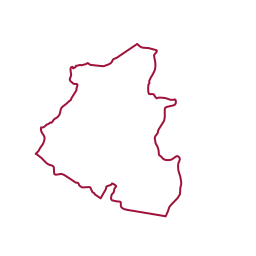 the border of Nana-Mambéré, rotated 35°
{"feature_id": "CAF-804", "entity_name": "Nana-Mambéré", "entity_type": "Prefecture", "adm_level": 1, "iso_a3": "CAF", "parent_name": "Central African Republic", "parent_adm1": "", "projection": "natural_earth1", "projection_center": [15.312, 5.849], "detail": "fine", "context": "isolated", "style": "outline", "palette": "rose", "viewbox_px": 256, "rotation_deg": 35, "n_neighbors": 0, "source": "natural_earth", "source_scale": "10m", "svg_char_len": 3408}
<svg xmlns="http://www.w3.org/2000/svg" viewBox="0 0 256 256"><g transform="rotate(35 128 128)"><path d="M60.9,97.9L71.8,91.9L73.0,90.8L75.9,86.6L76.6,84.9L76.8,84.0L76.8,83.0L76.5,80.9L76.6,79.9L78.5,76.9L87.3,54.0L88.5,54.0L90.2,54.3L92.4,54.2L93.2,54.0L93.9,53.8L99.3,50.6L106.6,48.0L107.1,48.0L107.5,48.5L107.7,49.5L107.7,50.5L107.5,52.7L107.6,53.3L108.3,54.3L112.7,58.6L114.8,61.3L116.1,63.6L116.7,65.2L117.0,66.5L117.6,70.7L117.7,72.9L117.8,73.9L117.9,74.6L118.2,75.9L118.3,76.9L118.5,77.4L118.8,77.9L119.6,78.7L119.9,79.2L119.8,79.8L119.8,80.3L119.9,80.9L121.9,84.2L123.8,86.6L125.5,88.0L126.8,87.6L128.1,86.4L129.8,85.7L132.1,86.7L132.9,87.0L134.4,87.2L135.3,86.0L136.5,84.9L141.2,82.1L146.7,80.5L147.6,79.9L149.0,78.8L149.5,78.5L149.8,78.2L150.0,77.8L150.4,77.6L151.0,77.9L152.2,79.0L153.0,80.7L152.9,82.2L152.0,83.7L147.9,88.2L147.3,89.2L146.9,90.1L147.3,91.3L148.3,93.0L150.8,96.4L152.3,98.8L153.3,101.1L153.5,103.1L153.9,111.0L154.1,112.6L155.1,114.7L155.2,115.4L155.1,119.0L155.4,120.3L156.0,121.3L159.2,124.5L160.1,125.1L161.8,125.8L163.6,126.9L165.7,128.6L168.1,131.5L168.9,132.2L169.5,132.4L171.3,132.4L172.5,132.6L174.2,133.1L175.8,133.0L177.4,132.5L178.8,131.6L180.2,130.6L181.3,129.5L182.1,128.2L183.7,123.8L184.3,122.9L185.1,122.6L186.2,122.5L187.4,123.0L188.4,123.9L189.0,125.6L189.2,127.1L189.8,128.7L191.0,130.7L193.4,133.7L199.0,138.1L202.7,141.9L203.8,143.5L205.5,147.6L207.1,150.0L208.6,152.8L208.8,157.1L207.3,166.6L207.2,168.7L207.5,170.3L208.4,173.0L209.5,178.7L173.9,195.7L171.4,196.6L169.5,196.9L168.0,196.7L166.9,195.9L166.2,195.1L165.2,193.6L164.7,193.1L164.0,192.9L163.2,193.2L161.0,194.5L156.7,196.3L155.5,196.2L154.6,195.7L153.2,192.9L153.0,192.3L152.9,191.5L152.9,191.0L153.0,190.4L153.1,189.9L153.2,189.3L153.1,188.7L152.8,187.9L151.9,185.9L151.7,185.1L151.7,184.4L151.8,182.7L151.4,182.3L150.5,182.2L148.1,182.2L147.3,182.4L146.8,182.6L146.9,183.1L146.8,183.7L146.6,184.4L144.4,187.5L144.1,188.1L144.0,188.7L144.2,189.3L144.4,189.7L144.8,190.4L145.0,191.4L145.9,201.2L145.4,201.3L139.6,201.4L139.0,201.3L138.3,201.0L137.8,200.9L137.3,200.8L135.7,200.9L132.6,199.2L131.6,198.5L131.2,198.3L130.7,198.4L129.9,198.8L125.2,202.5L124.6,202.8L124.1,203.0L121.9,203.1L121.3,203.0L121.0,202.9L119.2,201.8L118.4,201.7L117.8,201.9L117.4,202.3L116.2,202.7L103.8,203.0L101.9,203.2L99.8,203.8L96.5,206.9L95.3,207.8L94.6,208.0L94.1,207.9L93.7,207.6L92.8,206.6L90.0,203.0L89.9,202.9L89.0,202.4L88.0,202.2L87.2,202.4L84.5,203.3L83.0,203.5L81.3,203.5L74.5,202.2L68.4,201.9L67.3,202.0L67.3,201.6L67.9,198.3L67.5,194.9L67.5,190.4L67.2,188.4L66.6,186.4L65.8,184.6L64.6,183.2L63.0,182.3L59.7,181.0L58.1,179.8L56.9,178.3L56.6,177.3L57.2,177.1L58.1,176.2L58.8,174.7L59.2,173.1L59.4,171.9L59.7,171.6L60.5,170.2L61.1,168.7L61.2,168.1L62.2,167.6L62.5,166.6L62.4,164.1L62.7,162.6L63.8,160.2L64.1,159.2L64.2,156.6L64.0,155.5L63.5,154.1L62.5,152.0L62.1,150.8L62.0,149.3L62.2,147.9L63.5,143.9L64.6,139.1L65.1,137.8L64.6,136.0L64.1,126.6L63.0,125.0L62.6,123.2L61.6,121.4L60.6,121.4L58.6,122.8L57.5,123.0L55.1,122.7L53.8,122.6L52.5,121.7L51.9,120.3L51.6,118.7L51.1,117.3L50.0,115.9L48.8,114.9L48.0,113.7L47.3,113.0L46.7,111.9L46.5,111.2L46.8,110.6L47.3,109.9L47.7,109.8L48.5,110.5L48.9,110.5L49.2,110.1L49.5,109.4L49.7,109.0L50.1,108.1L50.0,107.7L49.9,107.2L49.8,106.9L50.9,105.8L52.6,103.8L53.8,103.4L56.0,100.9L57.1,99.3L57.8,97.9L60.9,97.9Z" fill="none" stroke="#9f1239" stroke-width="2"/></g></svg>